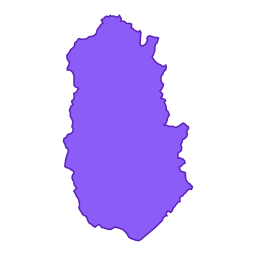 outline of Antonina, Paraná, Brazil
{"feature_id": "56859067B44951907355008", "entity_name": "Antonina", "entity_type": "district", "adm_level": 2, "iso_a3": "BRA", "parent_name": "Brazil", "parent_adm1": "Paraná", "projection": "natural_earth1", "projection_center": [-48.714, -25.296], "detail": "fine", "context": "isolated", "style": "filled", "palette": "violet", "viewbox_px": 256, "rotation_deg": 0, "n_neighbors": 0, "source": "geoboundaries", "source_scale": "gbopen_adm2", "svg_char_len": 3369}
<svg xmlns="http://www.w3.org/2000/svg" viewBox="0 0 256 256"><path d="M158.5,38.0L156.6,37.3L155.3,37.8L153.5,37.0L149.6,35.8L147.9,36.4L146.9,38.5L147.4,40.1L146.0,43.4L144.6,44.9L141.8,46.2L140.4,44.7L140.0,41.9L140.5,40.0L140.2,38.4L140.7,35.9L140.5,34.1L141.0,32.7L139.8,30.6L138.3,32.1L136.7,31.2L133.9,30.1L132.9,28.4L131.4,27.8L131.6,24.2L129.9,23.4L126.9,23.5L124.1,21.3L120.9,21.1L121.2,18.3L120.2,17.0L119.5,15.4L117.2,17.3L115.1,16.6L113.7,16.0L111.4,16.2L110.2,15.4L109.1,16.8L106.6,16.2L105.4,16.6L104.4,17.9L101.2,20.1L103.0,23.2L100.8,24.6L99.5,26.9L97.3,29.5L96.4,33.1L95.4,34.5L94.3,35.4L91.8,36.4L90.5,36.4L89.0,36.8L86.4,38.9L82.2,39.3L78.9,38.6L77.8,39.6L76.9,41.1L74.9,42.8L74.2,46.7L70.6,49.7L69.3,52.3L66.9,55.3L67.0,58.5L69.6,63.1L67.2,68.3L67.3,70.1L69.9,69.9L72.3,71.9L73.2,73.6L74.0,76.0L74.0,85.2L75.2,86.7L78.5,88.3L76.8,91.0L76.1,92.5L73.7,93.4L74.2,96.0L74.0,98.5L73.0,100.0L71.6,101.0L72.0,102.6L73.1,104.8L71.4,105.7L70.4,107.6L69.4,110.4L70.5,113.3L70.1,115.3L70.9,117.5L71.9,119.2L73.1,122.3L72.6,123.8L71.9,126.9L73.2,128.7L72.8,132.1L70.3,133.8L68.6,134.0L67.1,135.1L66.7,136.6L65.7,137.7L64.0,138.5L63.5,141.3L64.3,142.9L65.2,144.8L66.0,147.6L68.3,149.3L68.2,151.3L67.7,153.0L67.1,154.6L66.5,156.7L65.9,158.6L65.5,161.0L65.2,163.1L64.8,166.5L66.9,167.8L68.6,168.1L69.9,168.8L71.0,169.8L72.9,170.8L74.1,172.1L73.3,174.1L72.5,175.3L72.0,177.7L72.7,180.2L73.8,181.4L74.0,183.5L74.4,185.3L75.3,186.4L76.5,187.8L75.5,189.4L73.8,191.1L75.3,193.4L76.0,195.3L77.8,198.1L78.7,199.5L79.0,201.3L79.3,202.9L79.6,205.0L78.9,208.0L79.6,209.4L81.3,212.1L82.5,214.3L83.9,215.3L86.2,216.5L86.9,217.9L87.5,219.6L88.1,221.2L89.4,223.3L91.4,224.2L93.2,226.1L95.2,227.1L97.2,225.4L98.4,224.6L99.9,225.1L101.6,227.5L103.4,227.7L105.5,228.5L108.8,229.4L110.9,229.4L113.0,228.1L114.8,227.1L118.6,227.9L119.9,228.5L123.0,229.6L126.6,233.2L127.8,235.3L129.0,237.3L131.2,238.6L136.1,240.3L138.8,240.6L140.5,239.8L155.4,227.3L162.4,220.4L163.0,218.2L165.1,216.0L167.0,215.7L166.2,214.3L166.7,212.3L167.8,211.0L170.8,212.4L172.2,210.9L172.8,209.2L173.6,207.6L174.8,206.4L175.6,205.1L176.8,203.8L177.8,202.2L180.1,201.5L179.7,198.7L180.2,197.4L181.5,196.0L183.0,195.7L184.0,193.9L185.5,193.0L186.9,190.9L188.7,189.3L191.5,189.3L192.5,186.8L191.0,185.3L190.0,184.0L188.4,183.2L186.7,180.8L185.8,179.3L185.4,175.3L185.5,173.0L184.2,172.1L182.9,171.8L181.2,171.5L179.8,169.4L179.3,167.2L180.8,166.5L183.2,164.0L185.0,163.1L184.7,161.0L183.1,159.2L180.9,158.4L179.6,157.8L177.8,158.1L178.0,155.1L178.2,152.8L179.4,152.1L181.3,150.4L181.7,147.1L180.7,145.0L182.0,142.2L182.5,139.7L183.8,139.1L185.2,138.1L186.8,136.2L187.4,134.0L186.6,131.7L187.7,129.6L188.6,128.2L188.3,126.5L186.9,126.1L185.1,124.1L183.1,123.0L180.5,124.8L178.5,126.3L175.3,127.6L173.5,126.5L170.5,126.4L169.0,126.3L167.4,125.6L164.2,125.0L165.7,123.6L167.1,120.6L167.3,118.5L169.3,115.1L168.6,112.8L167.6,111.0L166.4,110.1L166.3,108.1L165.9,105.9L165.2,104.2L164.3,102.7L165.6,100.3L164.5,99.3L160.7,98.0L162.1,96.6L162.7,94.1L159.9,91.0L161.7,89.0L163.1,86.2L163.4,84.1L161.8,82.7L161.1,80.7L160.8,78.3L161.5,75.4L162.9,74.4L163.1,72.7L164.5,70.8L165.8,69.7L166.3,67.1L165.8,65.1L162.8,66.7L160.3,64.6L158.3,64.0L157.0,63.0L155.0,61.3L153.4,59.2L152.1,56.9L153.5,54.6L154.1,52.2L154.9,50.4L154.8,48.0L155.4,44.6L157.1,42.6L158.5,38.0Z" fill="#8b5cf6" stroke="#5b21b6" stroke-width="1.5"/></svg>